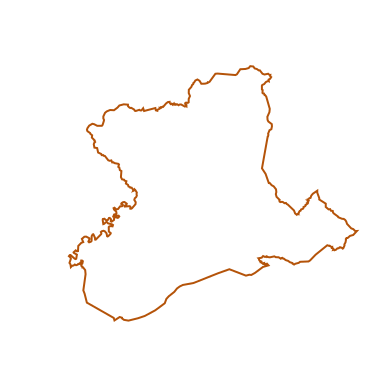 outline of Nam Phong, Khon Kaen, Thailand, rotated 69°
{"feature_id": "78962969B93047350456374", "entity_name": "Nam Phong", "entity_type": "district", "adm_level": 2, "iso_a3": "THA", "parent_name": "Thailand", "parent_adm1": "Khon Kaen", "projection": "natural_earth1", "projection_center": [102.881, 16.697], "detail": "fine", "context": "isolated", "style": "outline", "palette": "amber", "viewbox_px": 384, "rotation_deg": 69, "n_neighbors": 0, "source": "geoboundaries", "source_scale": "gbopen_adm2", "svg_char_len": 5983}
<svg xmlns="http://www.w3.org/2000/svg" viewBox="0 0 384 384"><g transform="rotate(69 192 192)"><path d="M96.8,89.8L95.4,92.5L96.6,94.7L96.3,98.0L94.7,102.9L98.2,107.9L98.4,109.5L90.6,125.7L90.0,127.8L95.4,136.1L95.6,137.5L95.2,138.0L95.8,138.6L95.5,141.1L94.3,144.5L90.9,145.1L88.9,146.6L89.1,148.9L90.6,150.9L90.7,151.6L91.8,152.3L92.1,153.5L93.7,155.0L95.4,158.3L98.5,159.6L101.7,159.5L103.9,161.7L107.1,163.0L107.3,164.0L106.4,165.5L106.7,166.6L107.5,166.8L108.7,166.0L110.0,166.5L109.4,166.9L109.7,168.0L106.3,170.9L105.9,172.4L106.2,173.4L104.6,174.6L104.8,175.8L103.9,176.2L104.1,177.3L102.9,177.2L103.2,177.9L102.8,178.6L103.2,179.0L102.2,179.4L102.3,180.4L100.6,180.9L99.8,180.6L99.4,182.3L100.0,184.4L102.1,188.3L101.8,188.5L102.1,189.7L101.9,189.6L101.6,190.8L102.2,191.4L101.9,191.9L102.4,191.9L102.7,192.8L102.9,195.0L103.7,195.3L102.8,196.5L100.5,196.1L99.2,207.7L96.3,207.6L97.7,209.9L97.3,211.1L96.4,211.7L96.2,215.5L95.6,216.3L94.4,216.4L91.7,218.5L91.4,219.6L90.3,220.4L88.8,221.0L87.5,220.5L85.7,224.3L85.2,228.8L86.5,231.3L87.7,235.5L86.1,239.1L86.2,242.7L86.9,244.8L89.7,247.7L91.5,248.4L93.2,248.3L94.3,249.0L97.3,251.4L97.9,252.5L96.2,256.8L93.6,259.1L92.6,260.6L93.2,264.2L95.0,266.8L96.3,267.8L97.8,267.8L100.4,266.0L101.4,266.0L103.3,264.9L105.3,266.0L108.9,264.4L109.2,264.8L110.6,264.5L111.2,265.8L112.2,266.6L115.6,267.2L117.0,264.8L121.5,265.5L124.0,263.1L125.2,263.1L125.8,261.6L126.5,261.5L127.2,260.4L132.4,258.8L133.4,257.6L133.6,256.0L135.8,255.9L136.1,254.7L137.2,254.1L139.3,250.7L140.1,250.3L142.1,251.8L143.1,251.1L145.7,251.5L147.1,250.4L152.6,253.0L155.1,252.8L156.2,251.0L157.2,250.9L158.4,249.4L160.4,250.7L162.4,249.2L164.1,249.3L165.1,248.2L165.8,248.1L166.3,246.8L168.6,246.2L168.7,245.7L169.3,246.2L169.0,245.3L169.8,245.6L169.7,244.3L172.7,243.7L174.0,244.5L175.6,244.8L176.7,245.9L177.4,247.7L178.7,248.7L181.3,248.2L183.1,249.1L185.7,253.9L185.8,255.0L185.4,255.6L183.7,254.8L182.9,255.2L181.5,259.9L180.7,259.7L180.4,257.8L179.5,257.1L177.2,258.6L176.8,259.9L177.1,261.6L177.7,262.3L179.0,261.2L180.1,261.8L180.2,262.5L179.6,264.2L181.4,267.2L181.1,268.9L178.9,270.0L179.0,271.0L180.4,271.1L183.1,269.8L184.8,270.1L185.3,270.8L185.1,272.8L186.7,274.3L187.2,273.7L186.8,271.3L187.8,269.0L188.7,268.7L189.5,269.9L189.5,270.7L188.2,272.3L188.1,273.4L188.5,274.1L190.1,274.8L190.9,277.7L190.3,278.3L188.4,277.4L186.7,278.1L186.5,278.8L187.9,280.5L187.9,281.7L187.1,282.6L185.6,283.3L185.3,284.9L186.1,285.4L190.2,286.3L190.2,285.2L189.4,283.5L189.4,282.3L191.1,281.7L193.5,278.3L194.5,277.6L195.6,278.5L194.7,280.1L194.5,281.5L194.9,282.3L199.1,283.8L201.3,282.6L202.0,283.3L203.2,286.0L203.3,286.7L202.9,287.1L199.9,286.6L197.4,287.5L196.5,288.5L196.3,290.3L196.7,291.4L198.0,291.4L198.8,291.9L202.0,299.0L201.7,299.5L200.0,299.0L196.4,299.2L196.0,299.4L196.1,300.1L197.3,301.5L201.7,303.3L202.2,304.3L202.1,306.1L201.2,306.5L199.2,304.6L198.4,304.4L195.7,306.8L195.2,308.5L196.3,311.6L199.8,311.5L199.8,313.6L201.6,317.5L206.3,319.6L206.1,320.7L204.8,321.5L205.9,324.2L206.4,324.2L209.2,321.9L212.8,324.0L212.9,324.7L212.3,325.4L207.3,328.0L207.1,328.7L207.8,329.9L209.5,329.0L210.9,329.0L214.3,331.8L216.0,331.4L218.7,332.0L217.9,330.3L218.2,328.9L217.7,327.4L218.8,326.5L218.9,325.4L218.4,324.0L218.8,323.8L218.9,322.0L218.5,321.4L217.9,321.5L217.7,320.4L216.3,320.0L216.5,319.3L217.5,318.7L219.5,320.0L220.2,321.5L221.3,321.8L222.2,321.2L223.2,321.4L223.4,320.7L226.6,319.7L230.6,320.8L244.9,328.7L248.4,328.7L257.6,329.8L281.5,310.2L284.1,310.4L282.8,304.3L284.3,302.4L285.0,302.6L287.0,301.3L289.3,297.4L290.5,287.7L290.8,280.6L289.3,268.8L286.1,257.3L282.6,254.2L281.0,251.0L278.9,244.3L276.7,240.6L275.8,237.3L275.5,233.9L277.5,223.3L277.2,196.7L277.5,184.8L289.4,171.6L289.8,168.1L290.7,166.4L290.1,162.2L287.4,152.6L287.9,146.9L285.8,147.7L286.1,149.3L285.8,149.8L285.3,149.7L284.9,150.9L284.1,150.3L283.9,151.7L282.9,152.5L282.2,152.2L282.0,153.1L281.1,152.8L281.0,153.3L279.3,153.7L278.5,153.4L277.7,153.7L278.3,150.5L277.3,148.6L278.8,147.1L278.8,146.1L279.2,145.9L278.9,145.2L279.8,144.7L280.9,142.7L281.6,138.2L282.9,137.1L284.0,134.5L286.1,133.0L285.7,132.2L285.9,131.1L286.9,130.8L287.3,130.0L289.1,129.0L290.8,126.9L292.6,125.8L294.3,123.7L294.9,123.8L296.3,122.7L296.0,121.3L296.4,117.8L295.9,116.1L298.6,108.1L298.2,106.3L294.8,99.0L290.2,84.8L291.6,83.1L291.5,82.7L293.4,81.5L293.5,80.9L294.5,81.5L294.9,80.7L295.8,80.3L296.5,80.9L296.5,80.4L297.4,80.0L297.5,78.4L296.7,76.4L297.1,75.3L296.6,74.1L296.9,73.9L296.9,73.0L297.5,72.7L298.2,71.6L298.8,71.6L298.8,71.0L296.6,68.8L295.5,68.5L294.1,66.8L291.7,65.3L291.1,65.3L290.3,64.2L290.7,63.2L289.6,60.2L289.9,56.9L287.5,52.0L287.0,53.6L284.5,54.7L283.0,56.4L277.3,58.7L274.7,58.6L273.0,59.0L271.5,60.0L270.8,61.5L268.0,64.5L267.4,64.4L262.7,67.4L261.6,67.7L260.1,67.4L259.3,69.0L257.5,69.2L257.2,70.7L253.9,72.5L250.8,71.3L244.6,75.9L243.4,75.4L237.5,75.3L235.7,74.6L236.9,79.7L238.1,81.9L240.0,83.5L239.8,84.6L240.5,85.8L240.4,86.5L241.3,86.5L241.2,86.9L242.0,86.3L242.6,87.5L243.4,87.5L243.5,88.2L244.0,87.9L244.3,88.3L244.7,90.6L245.3,90.7L245.8,91.5L246.0,93.3L246.7,93.5L247.4,94.4L247.4,96.4L248.4,97.4L248.3,98.2L249.1,99.3L249.9,99.8L250.3,101.4L250.7,101.2L250.4,102.0L250.7,102.4L249.0,103.4L245.8,103.4L238.0,107.1L237.1,107.9L235.9,108.2L235.6,109.7L234.0,110.7L233.4,111.5L233.2,112.9L232.5,113.6L231.4,113.6L230.8,113.0L226.8,114.8L224.0,114.5L222.3,113.3L219.6,112.6L216.0,113.7L214.2,115.2L211.3,116.3L211.1,117.1L201.5,116.8L195.0,118.2L167.4,101.5L167.4,101.2L166.0,100.2L164.9,100.1L162.1,97.5L161.8,95.4L159.3,93.8L157.2,93.2L153.5,95.5L151.7,95.6L148.8,94.7L145.2,91.1L142.2,89.6L129.6,88.5L127.7,89.0L127.5,89.5L125.9,89.5L125.4,90.4L124.7,90.7L122.2,89.5L121.4,90.0L117.9,88.7L117.3,88.1L117.1,85.9L115.8,83.6L115.6,81.2L116.2,80.6L114.5,80.2L114.3,78.5L113.1,76.9L112.1,77.5L110.8,76.9L110.7,77.6L108.9,78.5L108.3,82.2L106.9,83.8L102.7,85.1L102.4,86.1L100.4,87.4L99.1,89.2L96.8,89.8Z" fill="none" stroke="#b45309" stroke-width="2"/></g></svg>